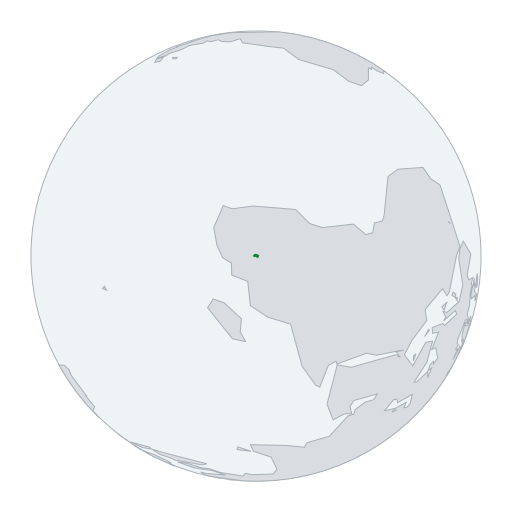 the Earth from above North-East, rotated 117°
{"feature_id": "BWA-4853", "entity_name": "North-East", "entity_type": "District", "adm_level": 1, "iso_a3": "BWA", "parent_name": "Botswana", "parent_adm1": "", "projection": "orthographic", "projection_center": [27.629, -21.012], "detail": "fine", "context": "on_globe", "style": "filled", "palette": "green", "viewbox_px": 512, "rotation_deg": 117, "n_neighbors": 0, "source": "natural_earth", "source_scale": "10m", "svg_char_len": 5304}
<svg xmlns="http://www.w3.org/2000/svg" viewBox="0 0 512 512"><g transform="rotate(117 256 256)"><circle cx="256" cy="256" r="225" fill="#eef3f6" stroke="#a8b0b8"/><path d="M33.1,223.7L32.9,226.8L35.5,225.1L36.1,232.3L35.4,238.8L37.2,237.7L37.3,241.3L48.0,235.8L56.4,239.4L58.2,252.4L55.0,271.9L61.5,307.2L58.3,325.9L63.8,340.4L72.2,364.9L69.5,368.7L76.7,376.0L80.5,384.1L80.5,387.8L86.1,394.4L86.3,397.1L90.1,399.4L98.8,411.0L105.9,416.0L114.4,424.8L119.1,427.5L119.3,428.5L121.6,430.9L124.6,432.9L121.4,433.1L111.2,426.1L105.4,420.9L105.5,421.7L92.3,408.5L95.4,412.2L79.9,395.5L68.2,379.5L45.9,337.4L45.8,337.0L40.4,321.5L36.2,305.5L33.2,289.3L31.4,273.0L30.7,256.5L31.3,240.1L33.1,223.7ZM129.4,434.1L123.0,434.0L125.4,433.5L120.1,428.5L126.0,429.8L129.4,434.1ZM116.9,420.4L114.8,416.3L116.4,416.6L118.1,419.6L116.9,420.4ZM270.1,31.2L276.1,31.6L273.1,31.6L264.7,31.1L272.2,32.1L271.7,31.7L276.1,32.2L278.5,32.0L281.7,32.3L278.9,31.9L283.1,32.4L284.6,32.6L287.5,32.9L303.8,35.8L319.8,39.9L335.5,45.2L350.8,51.6L365.5,59.1L379.7,67.7L393.2,77.3L405.9,87.9L417.9,99.3L428.9,111.6L439.1,124.7L448.2,138.5L456.3,153.0L463.4,168.0L462.7,166.3L463.6,169.5L472.8,195.8L474.2,201.9L473.5,207.3L472.6,202.5L465.0,183.6L467.0,197.1L472.9,215.4L475.1,232.5L472.0,223.3L469.4,208.1L466.7,201.0L464.9,188.7L457.9,167.7L454.6,167.0L452.5,159.9L442.4,141.7L436.3,140.6L428.3,151.3L431.2,169.5L426.7,175.3L411.5,144.0L404.4,126.2L399.1,125.7L383.3,108.8L356.8,101.5L352.8,97.1L347.8,97.9L336.7,92.4L330.5,85.8L323.8,85.3L340.2,103.1L347.4,104.0L353.0,99.1L356.3,105.4L367.0,112.9L355.8,125.4L316.1,134.2L311.9,120.6L280.2,86.3L281.0,83.1L280.9,82.7L280.5,82.0L277.9,87.3L272.3,81.5L289.5,103.3L292.5,113.4L315.5,134.9L313.4,136.9L320.7,141.9L343.8,139.7L344.0,144.3L333.3,164.9L301.0,194.3L305.2,217.9L302.7,238.5L282.4,251.8L284.0,268.9L273.5,274.8L272.7,284.8L264.2,295.7L250.0,306.5L226.0,308.0L224.7,298.6L212.9,281.5L196.6,241.9L202.7,223.2L200.6,209.9L183.3,183.6L187.1,167.9L182.4,162.5L172.8,165.5L167.4,159.3L161.6,160.3L125.2,174.5L114.2,168.9L101.3,147.5L107.9,135.2L109.2,124.2L154.9,78.5L164.5,77.6L200.3,67.4L204.7,67.8L200.4,75.0L227.1,81.0L235.9,74.5L260.3,78.8L276.7,78.9L282.8,66.4L256.0,65.6L251.6,60.0L273.2,55.5L296.6,57.9L295.6,55.8L280.9,50.5L286.5,47.8L275.9,48.6L280.1,50.7L273.5,51.6L269.3,49.9L271.4,48.8L264.4,47.8L256.1,54.2L259.5,57.0L241.0,58.7L244.8,63.7L239.8,66.4L231.4,59.1L232.3,56.4L216.7,50.8L214.0,53.6L228.6,59.4L224.0,59.2L220.5,64.2L219.5,60.2L204.3,54.3L187.7,58.7L166.3,74.2L156.7,77.7L148.7,77.9L156.8,65.4L177.4,59.1L180.6,55.5L176.7,52.9L183.3,51.6L184.2,50.1L192.0,48.2L203.3,43.2L211.3,41.6L216.0,38.0L220.7,36.9L216.6,39.2L218.0,40.4L237.8,38.4L241.8,37.5L243.2,35.5L248.5,35.7L247.4,34.1L258.9,33.5L243.9,33.3L245.2,32.1L252.3,31.3L250.0,31.1L238.5,32.6L236.3,33.4L238.7,33.9L230.4,37.3L223.5,38.6L222.0,35.7L212.1,37.5L215.3,35.3L239.6,31.3L270.1,31.2ZM139.2,97.5L137.9,100.7L139.2,97.5ZM321.6,68.2L335.5,71.2L328.8,63.1L333.5,63.9L329.5,61.1L328.2,62.6L318.3,55.8L324.0,55.3L322.1,52.7L317.4,51.6L308.4,54.0L322.5,63.3L319.6,65.5L321.6,68.2ZM181.8,45.7L184.3,45.5L181.1,47.4L171.0,51.1L175.5,48.3L181.8,45.7ZM188.6,45.0L189.9,42.1L196.3,40.3L192.5,41.7L196.5,40.7L191.6,42.9L196.3,44.6L193.8,46.6L176.5,51.3L183.6,48.4L180.7,48.5L188.6,45.0ZM210.0,64.8L213.4,64.7L218.9,63.8L216.8,67.3L210.0,64.8ZM199.3,60.6L202.5,59.8L202.2,63.6L198.6,64.0L199.3,60.6ZM204.4,56.4L202.6,59.5L201.5,58.1L204.4,56.4ZM219.5,38.6L222.9,38.0L223.2,38.4L221.2,39.3L219.5,38.6ZM278.1,68.2L273.3,70.4L270.9,69.2L273.0,68.6L278.1,68.2ZM243.5,67.8L251.3,69.2L242.8,68.8L243.5,67.8ZM354.3,373.7L354.7,378.0L351.7,377.3L354.3,373.7ZM340.4,239.4L324.1,275.6L313.7,274.6L312.2,262.9L318.6,240.5L330.8,235.6L337.0,226.4L340.4,239.4ZM478.1,292.8L477.5,296.8L477.4,297.7L478.1,292.8ZM478.8,286.2L478.6,289.9L478.5,287.8L478.8,286.2ZM478.3,292.7L478.4,291.4L478.3,292.2L478.3,292.7ZM478.8,283.9L476.2,271.4L474.6,264.1L475.5,261.5L478.2,270.1L478.8,283.9ZM475.4,261.0L472.0,243.7L463.4,205.4L466.6,209.1L474.8,236.4L474.4,238.8L476.4,251.1L475.4,261.0ZM481.3,257.3L481.2,260.0L480.7,268.6L479.8,260.9L479.1,256.4L478.7,242.3L479.0,237.4L479.7,240.1L480.1,232.7L481.3,257.3ZM432.2,171.7L437.1,185.1L434.3,185.5L432.2,171.7ZM467.6,178.8L467.0,177.3L465.9,174.3L466.0,174.5L467.6,178.8ZM442.6,382.2L440.4,377.3L442.1,371.2L446.5,365.9L457.7,343.1L457.6,344.9L463.7,331.3L467.8,331.1L471.0,323.2L465.6,338.7L459.0,353.7L451.3,368.2L442.6,382.2ZM480.1,278.8L480.2,278.2L480.9,269.5L480.1,278.8Z" fill="#d9dde1" stroke="#a8b0b8" stroke-width="1"/><path d="M254.9,253.9L255.4,253.9L255.7,253.9L255.9,253.9L256.0,253.9L256.2,254.0L256.3,254.0L256.2,254.4L256.2,254.5L256.3,254.8L256.3,255.0L256.2,255.3L256.2,255.5L256.2,255.9L256.2,256.0L256.2,256.3L256.3,256.5L256.6,256.7L256.7,256.9L256.8,257.0L257.0,257.2L257.0,257.3L257.1,257.5L257.1,257.8L257.2,258.0L257.3,258.0L257.0,258.1L256.8,258.0L256.6,258.0L256.4,258.0L256.0,257.9L255.8,257.9L255.5,257.8L255.3,257.6L255.2,257.3L255.1,257.0L255.0,256.6L254.8,256.2L254.7,256.0L254.5,255.7L254.5,255.3L254.5,255.1L254.5,254.8L254.6,254.5L254.7,254.2L254.8,253.9L254.9,253.9ZM255.7,256.8L255.7,256.7L255.7,256.4L255.5,256.5L255.4,256.6L255.3,256.8L255.5,256.8L255.5,256.7L255.7,256.8L255.7,256.8Z" fill="#22c55e" stroke="#15803d" stroke-width="1.5"/></g></svg>